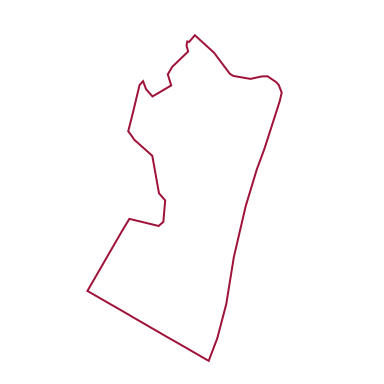 the district of Virginia Beach, Virginia, United States of America, rotated 30°
{"feature_id": "52423323B21015613646613", "entity_name": "Virginia Beach", "entity_type": "district", "adm_level": 2, "iso_a3": "USA", "parent_name": "United States of America", "parent_adm1": "Virginia", "projection": "equal_earth", "projection_center": [-76.052, 36.741], "detail": "fine", "context": "isolated", "style": "outline", "palette": "rose", "viewbox_px": 384, "rotation_deg": 30, "n_neighbors": 0, "source": "geoboundaries", "source_scale": "gbopen_adm2", "svg_char_len": 969}
<svg xmlns="http://www.w3.org/2000/svg" viewBox="0 0 384 384"><g transform="rotate(30 192 192)"><path d="M150.9,330.0L198.9,329.9L203.3,330.0L241.2,330.0L242.2,330.0L243.5,330.0L243.8,330.0L260.7,329.9L266.5,329.9L267.8,329.9L270.2,329.9L270.9,329.9L272.2,329.9L276.0,329.9L276.5,329.9L277.2,329.9L280.2,329.9L280.5,329.9L283.4,329.9L283.9,329.9L290.9,329.9L287.0,305.9L277.7,271.9L260.8,227.5L245.6,177.5L236.9,140.4L233.2,118.8L232.7,116.4L222.5,69.2L220.0,61.1L213.8,56.1L210.4,54.8L199.6,54.0L194.4,57.2L186.1,64.8L169.8,70.8L167.8,70.8L165.7,70.7L147.1,62.8L141.6,60.4L130.7,58.0L121.1,55.9L116.1,54.8L114.5,63.4L112.6,64.0L113.9,67.5L114.4,68.4L115.6,69.4L118.4,72.3L112.3,93.4L112.2,102.2L120.7,110.1L110.0,129.0L100.9,126.0L94.2,120.5L93.1,125.6L101.4,153.6L106.4,171.3L111.1,173.3L115.8,175.6L139.5,180.5L163.2,208.6L164.0,209.6L173.0,212.7L182.1,232.2L180.1,238.1L151.2,246.6L150.9,261.1L150.9,330.0Z" fill="none" stroke="#9f1239" stroke-width="2"/></g></svg>